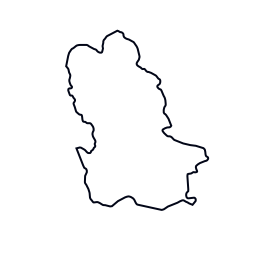 the border of Sukhothai, rotated 337°
{"feature_id": "THA-397", "entity_name": "Sukhothai", "entity_type": "Province", "adm_level": 1, "iso_a3": "THA", "parent_name": "Thailand", "parent_adm1": "", "projection": "natural_earth1", "projection_center": [99.709, 17.253], "detail": "fine", "context": "isolated", "style": "outline", "palette": "ink", "viewbox_px": 256, "rotation_deg": 337, "n_neighbors": 0, "source": "natural_earth", "source_scale": "10m", "svg_char_len": 4687}
<svg xmlns="http://www.w3.org/2000/svg" viewBox="0 0 256 256"><g transform="rotate(337 128 128)"><path d="M166.6,143.6L165.6,143.3L165.1,143.1L164.5,142.9L163.9,142.8L162.0,142.7L159.6,143.0L159.1,143.3L158.8,143.8L158.7,144.6L159.3,146.9L160.7,150.1L161.0,150.6L161.3,151.0L161.7,151.3L162.7,151.8L163.2,152.0L164.0,152.7L164.6,153.6L165.6,156.3L165.8,156.8L166.1,157.2L172.8,163.8L178.7,168.1L183.5,170.9L189.3,175.8L189.6,176.1L189.8,176.6L190.2,177.7L190.2,178.3L189.8,180.2L189.1,182.5L188.9,183.7L189.0,184.6L189.6,185.4L189.9,185.8L190.1,186.4L190.0,187.1L189.6,187.8L188.3,188.6L187.6,188.7L186.9,188.7L185.8,188.5L180.5,188.4L178.1,188.8L176.0,189.5L175.5,190.0L175.1,190.7L174.8,192.4L174.8,194.3L174.7,194.9L174.3,195.3L173.6,195.3L173.0,195.2L172.4,195.0L171.2,194.3L170.9,194.2L170.4,194.2L168.8,194.5L168.2,194.5L165.4,193.8L164.8,193.9L163.9,195.4L159.5,208.1L158.7,209.7L157.2,210.3L156.3,210.9L155.7,211.7L155.4,212.3L155.1,213.1L154.9,214.4L155.1,215.3L155.7,216.1L156.3,216.4L161.4,217.9L161.9,218.2L162.2,218.6L162.4,219.2L162.5,219.9L162.1,221.0L161.6,221.7L157.4,223.9L154.9,221.4L153.7,219.7L152.6,218.6L151.0,216.4L150.5,216.1L149.6,215.8L147.1,215.8L144.4,216.1L134.1,215.9L129.5,216.8L128.9,216.8L127.7,216.7L126.9,216.5L107.0,202.4L106.6,202.0L106.3,201.6L106.0,200.5L105.9,199.8L105.8,197.7L105.7,196.3L105.5,195.7L105.1,194.6L104.8,194.2L103.9,192.9L103.2,192.2L102.3,191.5L101.6,191.1L100.0,190.8L98.2,190.7L90.2,191.4L82.7,193.7L80.9,193.2L76.7,190.0L75.7,189.6L74.8,189.0L74.2,188.2L72.8,186.2L71.6,184.8L71.2,184.5L70.8,184.2L70.3,184.0L67.5,183.2L67.1,182.9L66.8,182.2L66.2,179.9L65.9,179.2L65.8,178.2L65.8,177.3L67.2,173.0L67.4,171.9L67.7,168.6L67.4,164.0L67.1,162.6L67.0,161.8L67.2,160.9L69.8,155.4L70.2,155.0L72.1,153.3L72.9,152.5L73.1,151.9L73.4,151.3L73.5,150.3L73.5,149.5L73.0,148.6L72.5,148.0L72.2,147.5L72.1,145.1L72.6,126.6L76.0,127.1L76.5,127.4L77.1,127.8L79.3,130.7L79.9,131.7L80.6,133.8L81.2,135.1L82.0,135.7L83.3,136.2L83.9,136.0L84.4,135.7L84.7,135.3L85.0,134.9L85.5,134.7L86.7,134.5L87.7,134.0L88.4,133.3L88.8,133.0L90.3,132.4L90.7,132.0L90.9,131.5L91.0,130.2L91.2,129.6L91.5,129.2L91.9,128.9L92.3,128.5L92.7,127.8L92.9,127.0L92.9,126.3L92.5,123.0L92.5,121.6L92.8,120.3L92.9,119.7L93.2,119.2L93.8,118.3L94.5,117.6L94.9,117.3L95.4,116.8L95.7,116.2L96.1,115.1L96.3,113.6L96.2,112.6L95.7,110.2L95.5,109.6L95.3,109.2L94.9,108.8L94.4,108.5L92.9,107.9L92.4,107.7L92.0,107.3L91.2,105.9L90.9,105.6L89.9,105.1L89.5,104.7L89.2,104.3L89.2,103.4L89.4,102.2L90.1,99.9L90.4,98.6L90.3,97.8L89.9,97.5L89.0,96.9L88.6,96.6L88.3,96.2L87.3,94.2L87.1,93.7L86.8,93.1L86.7,92.3L87.2,88.0L87.3,85.1L87.4,84.4L87.7,83.8L88.1,83.5L89.2,82.8L89.9,82.1L90.2,81.4L90.2,80.7L89.7,79.0L89.6,78.4L89.5,77.1L89.3,76.5L88.9,76.1L87.9,75.7L87.6,75.3L87.4,74.9L87.6,71.0L87.7,70.1L88.0,69.4L88.3,69.0L88.7,68.7L89.3,68.7L89.8,68.7L90.3,69.0L90.9,69.1L91.5,69.2L92.2,68.8L92.5,68.3L92.5,67.7L92.1,66.6L92.0,65.7L92.0,64.5L92.2,62.4L92.5,61.4L92.9,60.6L93.7,59.7L94.3,58.9L95.3,57.4L95.6,56.4L95.6,55.6L95.5,54.8L95.5,53.8L96.1,50.6L96.0,49.7L95.2,47.0L101.1,38.3L103.2,35.8L106.2,33.8L106.8,33.5L107.3,33.3L107.9,33.2L108.5,33.2L109.8,32.9L111.9,32.3L112.8,32.1L113.5,32.1L114.7,32.3L116.4,32.8L122.4,35.4L122.8,35.7L123.2,36.1L124.0,37.5L127.6,42.0L128.8,43.0L129.1,43.4L129.4,43.9L129.7,45.1L129.9,45.6L130.2,46.1L130.5,46.6L130.9,47.0L131.4,47.5L132.5,48.1L133.1,48.2L133.7,48.0L134.1,47.6L135.7,45.5L136.0,45.1L136.6,42.7L136.9,42.2L138.5,40.0L139.2,38.5L139.6,38.1L140.1,37.6L141.8,36.8L143.7,35.6L144.4,35.3L145.1,35.2L156.2,34.3L157.1,35.1L158.0,36.4L158.4,36.8L158.9,37.0L159.3,37.3L159.7,37.7L159.9,38.1L160.2,38.6L160.4,39.2L160.4,40.0L160.0,41.1L159.9,42.0L160.0,43.0L160.6,44.1L161.1,44.8L161.5,45.3L163.4,46.9L166.7,51.1L166.9,51.7L167.8,56.1L167.9,57.2L167.9,58.7L166.7,66.0L166.5,66.8L166.2,67.4L165.2,68.7L164.9,69.1L164.5,69.5L162.3,70.9L161.6,71.5L161.2,72.0L161.0,72.5L160.9,73.2L161.1,74.1L161.7,75.2L163.3,77.3L163.9,78.8L164.2,79.2L164.6,79.5L165.2,79.7L165.7,79.8L166.1,80.0L166.5,80.6L166.7,81.4L167.1,82.8L167.5,83.5L167.9,84.0L168.9,84.5L170.8,86.3L174.0,90.4L174.3,90.9L174.7,92.3L175.0,93.5L175.2,94.3L175.6,94.9L176.2,95.7L176.3,96.4L176.1,97.4L175.3,98.9L174.6,99.6L174.0,100.0L172.8,100.2L172.2,100.4L171.7,100.6L171.4,100.9L171.2,101.2L171.1,101.7L171.2,102.4L171.6,103.6L172.0,104.2L172.4,104.7L172.8,105.0L173.2,105.5L173.4,106.5L173.4,112.4L173.6,114.2L173.5,115.5L173.2,117.2L172.3,120.0L171.8,121.3L171.3,122.0L169.9,122.9L169.5,123.2L168.5,124.5L167.9,125.4L167.0,127.6L167.0,128.2L167.1,128.9L167.8,130.0L168.2,131.2L168.9,135.3L168.7,142.8L167.8,143.4L167.3,143.5L166.6,143.6Z" fill="none" stroke="#020617" stroke-width="2"/></g></svg>